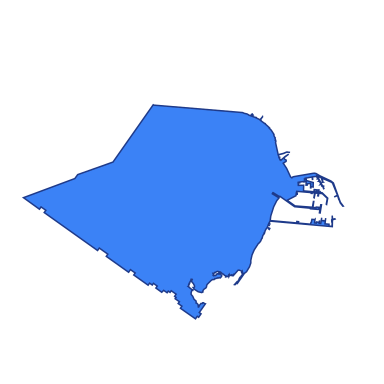 75, Al Khawr, Qatar, rotated 35°
{"feature_id": "91078587B7321304158437", "entity_name": "75", "entity_type": "district", "adm_level": 2, "iso_a3": "QAT", "parent_name": "Qatar", "parent_adm1": "Al Khawr", "projection": "natural_earth1", "projection_center": [51.575, 25.836], "detail": "fine", "context": "isolated", "style": "filled", "palette": "blue", "viewbox_px": 384, "rotation_deg": 35, "n_neighbors": 0, "source": "geoboundaries", "source_scale": "gbopen_adm2", "svg_char_len": 6124}
<svg xmlns="http://www.w3.org/2000/svg" viewBox="0 0 384 384"><g transform="rotate(35 192 192)"><path d="M57.2,293.3L76.9,293.6L76.9,290.8L82.8,290.8L82.7,293.6L148.2,294.1L148.2,291.1L158.7,291.2L158.7,293.9L186.1,294.1L186.1,290.9L191.9,290.9L191.9,293.4L209.5,293.5L209.5,291.0L212.8,291.0L212.8,288.9L217.5,289.0L217.5,291.4L224.7,291.5L225.2,288.8L229.4,288.8L229.4,286.8L231.6,286.8L231.6,284.8L237.6,284.8L237.6,287.5L239.4,287.5L239.4,289.1L244.6,289.1L244.6,291.3L249.2,291.3L249.2,293.9L267.6,293.9L267.6,290.8L269.3,290.8L269.3,286.6L267.1,286.6L267.1,275.9L265.9,276.3L265.3,276.0L265.2,275.5L265.2,275.9L264.3,276.6L264.4,277.4L263.3,278.1L263.1,280.5L263.4,282.1L263.1,282.2L263.6,283.1L261.5,280.7L259.6,280.3L259.1,280.6L257.9,279.0L255.2,278.7L252.4,277.0L250.1,276.4L249.1,275.1L248.2,272.3L248.3,272.1L249.0,272.8L248.7,272.3L249.1,272.1L248.9,271.6L248.1,272.0L242.9,271.6L243.3,270.9L242.4,269.9L242.2,268.8L242.6,269.0L242.5,268.3L241.8,266.3L241.9,265.9L241.6,264.6L241.0,263.5L242.1,264.3L242.3,262.8L242.4,264.3L243.1,265.6L245.8,266.3L247.9,267.5L248.5,268.3L248.4,269.2L247.8,269.6L250.0,270.3L254.2,270.2L257.7,268.8L258.2,267.7L257.8,267.7L257.5,265.8L257.7,264.3L258.4,262.8L258.3,261.3L257.8,260.6L257.4,259.1L258.4,253.5L259.0,252.0L260.3,251.1L260.4,249.8L260.8,249.8L261.6,248.5L262.0,248.4L262.4,247.3L263.2,247.2L263.8,246.2L264.4,246.2L264.7,244.3L264.4,243.5L262.0,242.7L261.3,242.8L261.4,243.7L260.3,244.0L260.8,243.4L260.7,242.8L260.3,243.2L260.3,244.3L259.5,244.5L259.3,246.8L258.5,247.1L258.5,247.5L257.5,247.9L257.5,248.3L257.2,248.3L256.9,247.3L255.8,246.6L256.7,246.0L256.7,244.9L257.4,244.7L257.6,243.4L258.5,242.3L261.3,241.2L264.6,241.6L265.0,241.2L266.5,241.7L267.9,241.2L268.3,242.2L269.9,240.5L269.7,239.6L270.7,240.3L270.1,238.4L270.9,239.0L271.7,237.3L272.4,237.5L272.5,236.9L273.0,236.7L272.8,237.5L273.3,237.3L273.4,236.0L273.8,236.2L273.6,235.2L274.0,235.2L274.6,229.6L275.6,228.9L278.0,228.3L278.6,228.6L278.6,229.9L278.7,229.4L279.3,229.7L279.1,228.6L279.7,229.3L280.7,229.2L280.8,231.2L280.4,231.8L280.7,234.4L280.3,234.4L280.3,235.6L280.7,235.6L280.7,237.3L281.1,237.3L281.0,238.6L280.4,239.3L279.9,243.5L280.4,243.3L280.9,241.0L281.6,241.0L281.6,228.6L282.4,226.0L282.0,220.3L280.9,216.4L279.4,214.3L277.3,209.2L276.2,203.8L275.9,196.0L276.3,195.1L276.4,192.8L275.8,190.0L276.0,189.8L274.9,186.8L275.1,185.8L274.6,184.2L275.0,184.2L274.1,181.6L273.9,179.5L274.3,177.9L275.9,177.5L276.1,178.3L276.4,178.3L276.2,177.5L276.5,177.4L276.7,178.3L276.8,178.3L276.6,177.2L273.9,177.8L273.4,175.1L274.4,175.0L274.3,174.6L273.2,174.9L273.1,174.4L273.8,174.3L273.1,174.3L272.9,173.8L272.9,173.2L273.3,173.1L272.9,172.9L273.6,172.9L272.8,172.7L272.6,171.1L326.8,139.9L323.0,134.2L324.7,132.1L324.4,132.0L322.8,133.7L320.4,130.9L322.3,133.6L322.4,134.7L323.8,136.5L324.3,136.5L326.4,139.8L323.8,141.4L322.7,139.8L319.2,141.8L316.5,136.7L317.8,139.3L316.3,140.2L316.2,140.0L314.4,141.2L313.0,138.7L315.5,143.9L314.1,144.7L312.8,142.1L313.5,144.0L311.2,145.1L311.7,146.1L310.1,147.0L308.4,143.8L308.3,144.2L305.9,145.6L307.2,148.6L307.0,148.9L307.5,150.4L296.9,156.5L296.3,155.2L294.8,156.0L295.5,157.3L272.7,170.4L272.2,170.1L270.3,166.5L267.4,157.3L266.4,150.5L266.7,146.9L258.8,147.4L258.7,146.6L259.5,146.6L259.7,146.3L260.1,146.6L266.6,146.0L266.0,145.8L259.7,146.2L258.8,146.5L258.8,146.0L266.0,145.6L266.5,145.1L284.5,145.2L298.4,137.3L298.7,137.8L306.9,133.0L308.3,136.0L309.0,135.7L305.4,128.2L304.8,128.6L306.2,131.6L305.2,132.2L305.0,131.6L302.4,133.1L302.6,133.7L299.9,135.3L297.2,129.9L296.9,130.1L299.4,135.4L284.4,144.3L274.7,144.2L279.3,135.4L278.6,134.1L279.5,133.5L278.9,132.5L278.0,133.0L278.4,132.6L277.9,132.8L277.4,131.4L290.2,124.0L290.5,124.7L291.2,124.3L290.9,123.6L293.0,122.4L295.1,126.7L295.4,126.7L293.5,122.2L296.2,120.6L297.2,123.0L297.8,122.7L296.6,120.3L299.7,118.6L306.5,119.6L309.0,125.0L309.4,125.0L306.7,119.2L299.0,118.0L296.7,119.3L297.0,117.5L296.6,119.2L296.0,119.7L295.5,119.1L294.9,117.5L294.3,117.8L295.3,119.9L294.0,120.7L293.1,119.0L293.2,118.6L292.6,118.9L292.9,119.1L293.7,120.8L292.2,121.6L291.3,119.6L290.7,119.9L291.7,121.9L282.7,127.1L279.6,122.4L275.3,125.6L273.4,123.2L274.4,122.2L274.9,122.5L274.7,121.9L277.4,119.4L277.6,119.7L278.1,119.4L279.5,117.9L281.5,121.0L282.4,120.3L281.7,119.2L282.9,118.2L283.2,118.4L283.0,118.1L284.0,117.2L284.5,117.2L286.7,120.6L287.0,120.5L286.6,119.5L286.8,119.2L288.4,118.4L285.9,114.7L279.1,117.0L278.5,116.3L277.3,117.6L276.6,116.8L277.4,116.1L276.9,115.7L281.8,110.8L283.4,112.6L284.0,112.0L283.4,112.2L282.0,110.5L284.7,108.1L285.4,108.0L287.0,108.8L287.1,109.2L287.4,108.8L290.0,110.0L289.8,110.5L290.3,110.2L292.4,111.2L292.8,111.5L292.8,112.0L293.1,111.5L295.2,112.8L296.1,112.6L297.4,113.2L297.9,113.5L297.7,114.4L298.1,113.7L298.6,113.8L296.3,112.5L296.6,111.8L296.4,111.6L295.8,112.3L285.5,107.1L290.7,106.1L291.2,106.7L290.9,107.0L291.3,107.4L291.6,107.2L293.2,109.3L293.8,108.7L293.2,108.7L291.3,106.3L291.4,105.9L300.6,104.0L302.0,104.1L313.0,111.2L311.3,114.5L313.3,111.4L316.6,114.0L316.9,113.9L319.7,115.9L323.7,117.1L324.0,116.8L319.4,115.3L302.6,103.5L299.5,103.3L287.4,105.4L283.1,105.7L281.8,106.2L280.6,107.1L266.7,120.9L266.0,121.7L265.7,123.1L264.1,123.1L256.0,118.4L250.2,116.1L251.5,113.0L251.3,112.4L250.6,111.8L249.5,112.1L247.6,111.4L249.5,105.5L247.9,109.6L246.6,115.0L245.8,114.7L245.6,115.1L243.4,113.8L243.6,113.4L243.3,113.5L241.3,112.1L244.8,108.1L246.6,105.2L246.9,104.9L247.2,105.5L247.0,104.8L249.6,103.3L246.6,105.0L244.7,108.0L241.2,112.0L232.1,103.6L231.5,102.1L230.5,101.9L230.5,101.4L229.1,100.3L229.1,99.9L227.7,99.4L226.1,98.2L226.1,97.8L221.4,95.9L218.7,95.4L218.7,95.0L212.7,94.2L212.6,93.3L212.6,94.0L212.2,94.2L206.8,94.1L206.5,93.7L206.8,93.4L206.5,93.3L206.6,93.0L206.7,90.0L206.6,89.9L206.3,93.8L201.9,94.5L201.6,93.5L201.7,94.4L197.9,95.5L197.7,94.1L198.1,94.7L197.8,93.9L196.6,93.5L196.4,93.9L196.8,93.6L197.4,93.8L196.2,94.4L196.4,95.9L194.5,96.4L194.3,96.0L194.4,96.3L192.3,96.5L189.6,97.6L187.9,97.9L110.8,142.8L110.2,142.8L110.1,212.8L88.4,243.3L88.3,248.2L57.2,293.3Z" fill="#3b82f6" stroke="#1e3a8a" stroke-width="1.5"/></g></svg>